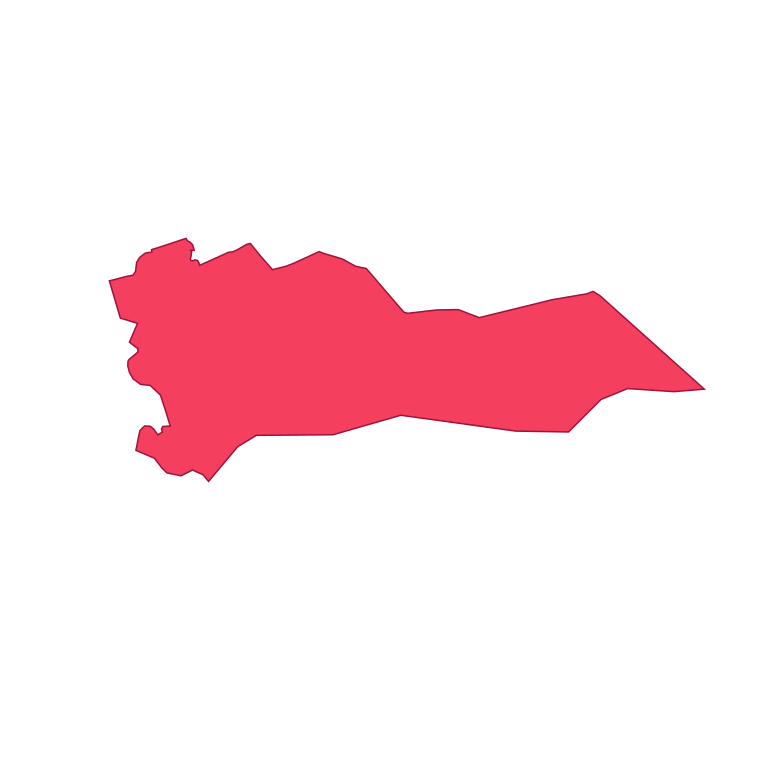 Ogu Bolo, Rivers, Nigeria, rotated 295°
{"feature_id": "59680162B82820769085578", "entity_name": "Ogu Bolo", "entity_type": "district", "adm_level": 2, "iso_a3": "NGA", "parent_name": "Nigeria", "parent_adm1": "Rivers", "projection": "natural_earth1", "projection_center": [7.196, 4.622], "detail": "fine", "context": "isolated", "style": "filled", "palette": "rose", "viewbox_px": 768, "rotation_deg": 295, "n_neighbors": 0, "source": "geoboundaries", "source_scale": "gbopen_adm2", "svg_char_len": 1345}
<svg xmlns="http://www.w3.org/2000/svg" viewBox="0 0 768 768"><g transform="rotate(295 384 384)"><path d="M556.3,534.3L551.5,529.8L531.5,500.8L484.4,442.3L482.8,419.8L473.3,400.3L458.1,375.6L457.5,371.5L481.2,319.1L478.7,308.6L479.7,293.4L476.8,273.5L476.6,269.3L455.7,251.5L449.3,245.4L440.5,234.6L448.6,216.3L454.9,203.4L452.5,200.5L443.7,194.4L439.9,191.0L437.8,187.5L413.6,166.8L415.8,164.9L417.1,162.7L416.6,160.1L414.7,158.6L414.4,156.8L415.3,155.7L418.9,155.0L420.1,154.4L422.5,153.8L423.4,152.3L424.9,155.5L426.5,154.2L429.4,151.6L430.7,147.8L430.7,145.4L432.3,143.0L414.5,124.2L407.5,116.5L405.5,117.9L401.9,112.5L398.9,110.8L395.3,109.0L389.7,108.4L381.1,111.2L376.5,110.5L372.5,104.9L367.8,99.3L361.4,91.5L332.3,117.2L334.8,135.0L314.3,135.6L312.0,146.0L308.8,147.4L298.7,142.6L296.6,142.4L295.1,142.9L292.0,144.2L286.9,148.4L282.6,154.6L280.8,163.6L283.9,172.7L279.5,186.0L268.6,196.3L255.6,208.0L252.0,201.4L249.0,201.4L246.6,203.5L243.7,201.2L242.2,200.7L245.9,194.2L246.9,190.0L244.8,184.7L238.7,182.5L233.5,183.6L219.0,187.2L219.7,207.3L214.1,218.0L211.7,224.9L215.0,238.8L225.1,246.8L225.3,258.0L221.6,266.2L265.4,277.9L283.5,290.0L316.5,359.3L362.7,412.3L397.0,523.3L418.5,571.5L461.7,587.2L482.8,606.7L491.1,628.1L499.6,650.0L514.7,676.5L555.3,542.4L556.3,534.3Z" fill="#f43f5e" stroke="#9f1239" stroke-width="1.5"/></g></svg>